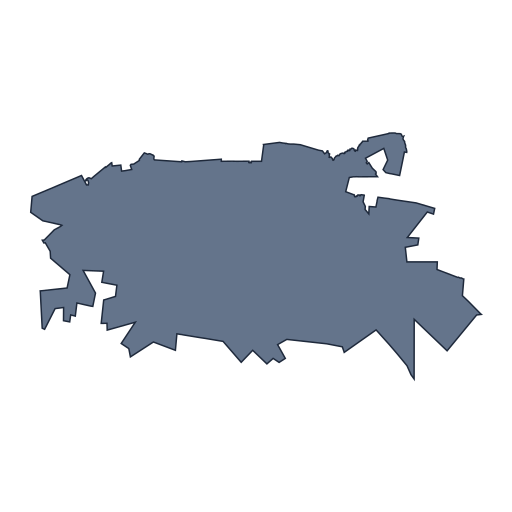 outline of Cusihuiriachi, Chihuahua, Mexico
{"feature_id": "50627088B62303278534016", "entity_name": "Cusihuiriachi", "entity_type": "district", "adm_level": 2, "iso_a3": "MEX", "parent_name": "Mexico", "parent_adm1": "Chihuahua", "projection": "mercator", "projection_center": [-106.822, 28.208], "detail": "fine", "context": "isolated", "style": "filled", "palette": "slate", "viewbox_px": 512, "rotation_deg": 0, "n_neighbors": 0, "source": "geoboundaries", "source_scale": "gbopen_adm2", "svg_char_len": 5502}
<svg xmlns="http://www.w3.org/2000/svg" viewBox="0 0 512 512"><path d="M144.3,152.9L139.3,159.3L139.4,160.4L133.7,164.1L131.1,164.3L130.3,165.3L131.7,169.5L124.9,170.7L121.6,171.1L120.8,165.1L112.2,166.0L111.7,162.7L111.0,163.0L109.2,164.6L105.8,167.4L105.4,166.9L93.8,176.5L91.3,178.7L89.4,177.9L88.7,177.8L87.8,178.1L87.0,178.6L86.5,179.1L86.0,179.6L85.8,180.2L85.8,180.6L86.0,180.8L86.2,180.7L86.4,180.3L86.8,180.0L87.5,180.1L87.8,180.2L88.0,180.6L88.6,182.5L88.3,184.9L86.5,184.9L81.5,175.5L49.7,189.0L32.1,196.4L30.7,212.3L42.8,220.8L60.6,224.8L61.9,225.3L60.9,226.1L60.1,226.7L54.3,229.8L44.3,240.0L42.3,240.2L43.9,243.0L45.3,242.8L50.2,251.3L50.6,258.2L69.9,274.7L67.1,288.0L40.2,290.9L40.3,291.7L42.2,328.2L44.6,329.3L46.6,325.4L55.1,308.6L63.6,307.5L63.5,320.7L69.7,321.9L70.7,314.9L75.3,316.1L76.9,303.0L90.3,306.0L92.8,306.4L95.5,293.1L83.1,270.4L103.6,271.2L101.8,282.3L116.9,285.2L115.5,296.4L103.7,300.0L101.2,323.4L107.0,323.3L107.2,330.1L135.3,322.2L121.2,343.5L128.7,348.5L129.0,349.5L130.4,356.9L153.4,342.0L175.4,350.3L176.9,333.8L180.4,334.4L182.2,334.6L182.8,334.8L199.3,337.5L205.2,338.4L223.1,341.4L241.2,362.3L252.7,350.3L266.9,363.9L272.8,358.7L273.1,358.4L279.1,362.4L285.3,358.4L277.6,344.6L286.8,339.4L326.8,343.8L342.3,346.8L344.1,351.9L344.1,352.1L344.2,352.4L376.1,329.9L389.5,344.8L397.2,353.8L407.0,365.7L411.0,374.7L414.1,379.0L414.2,319.3L447.1,350.8L473.8,318.4L476.6,315.0L481.3,314.4L480.0,313.2L468.3,301.3L462.4,295.7L463.8,279.1L463.4,279.1L463.1,278.9L462.7,278.6L461.1,277.9L460.9,277.9L460.5,278.0L460.0,278.0L459.8,277.9L458.5,277.2L457.7,277.4L437.0,269.5L437.3,261.9L406.9,261.9L405.3,247.3L417.8,244.9L418.8,238.1L407.3,237.5L427.3,212.0L433.5,214.1L434.7,208.4L416.1,202.9L397.0,200.1L390.8,199.1L390.1,199.0L389.3,198.7L388.8,198.6L384.4,198.1L378.0,197.2L377.1,200.6L377.1,201.2L375.9,207.0L369.2,206.5L368.8,213.9L365.1,209.5L365.3,206.4L363.1,201.8L364.1,196.1L364.3,195.4L364.2,195.1L361.1,194.7L360.8,194.8L360.5,195.2L360.4,195.6L360.0,195.8L359.9,195.8L359.8,195.7L359.7,195.5L359.4,195.1L359.1,194.9L358.8,195.0L358.5,195.0L358.1,195.0L357.8,195.0L357.7,195.1L357.7,195.3L357.7,195.5L357.2,195.7L357.1,195.9L357.1,196.0L356.9,196.0L356.6,196.0L356.6,196.4L356.5,196.5L356.3,196.5L356.1,196.4L355.9,196.4L355.8,196.5L355.6,196.7L355.3,196.8L355.0,196.8L354.6,196.6L354.6,196.4L354.6,196.2L354.5,195.9L354.3,195.4L354.2,195.3L354.1,194.7L353.7,194.7L345.7,191.7L349.3,177.5L353.3,176.8L353.8,176.8L354.7,176.8L356.3,176.7L359.1,176.8L377.5,176.7L375.5,174.0L376.2,173.1L375.9,171.6L372.3,168.2L368.8,162.6L367.2,163.9L366.3,162.8L367.2,161.4L365.5,158.2L383.8,148.4L387.7,160.1L383.1,169.6L385.8,172.6L389.9,173.6L391.4,173.8L399.6,175.5L402.6,161.0L404.4,152.0L406.7,152.4L406.8,151.7L406.5,149.8L406.3,149.0L406.2,148.6L405.6,147.6L405.6,145.5L405.6,145.2L405.0,143.6L404.7,142.8L404.7,142.6L404.6,141.4L404.4,141.1L403.7,140.4L403.0,139.0L403.0,138.8L403.0,138.6L403.4,136.9L403.7,136.2L403.2,136.4L402.9,136.4L402.6,136.3L402.4,136.3L402.1,136.1L401.9,135.9L401.8,135.6L401.5,134.8L401.4,134.3L401.1,134.1L400.2,133.7L399.0,133.6L396.7,133.6L396.2,133.5L395.4,133.1L394.3,133.0L393.3,133.0L389.1,133.1L389.0,133.4L388.0,133.7L368.2,138.1L367.7,139.6L367.7,139.9L367.9,140.3L367.9,141.2L362.7,141.2L362.3,142.0L361.8,142.3L360.7,143.8L360.3,144.0L360.2,144.1L360.1,144.3L359.8,144.6L359.6,145.0L359.6,145.3L359.2,145.3L359.2,145.5L359.0,145.9L358.9,146.1L358.7,146.3L358.5,146.5L358.3,147.0L357.8,147.7L357.8,148.1L357.6,148.6L357.7,149.3L357.6,149.6L357.6,150.0L357.5,150.5L357.4,150.5L357.0,150.4L356.6,150.3L355.7,150.0L355.5,150.3L355.5,150.8L355.5,151.1L355.3,151.3L355.2,151.3L354.7,150.7L354.4,150.3L354.2,149.9L354.1,149.4L353.8,148.8L353.2,148.5L352.5,148.3L352.0,148.2L351.9,148.2L351.7,148.3L351.4,148.7L350.9,149.0L350.6,149.0L350.4,149.2L350.2,149.2L349.9,149.2L349.9,149.3L349.9,149.6L349.9,150.0L349.7,150.6L349.3,150.6L348.3,150.1L348.1,150.1L347.8,150.2L347.6,151.3L347.4,151.4L346.7,151.3L346.4,151.4L345.9,151.9L345.5,152.0L345.1,152.1L344.8,152.3L344.7,152.6L344.9,153.0L344.7,153.3L344.3,153.2L344.1,153.3L344.0,153.6L343.9,153.6L343.6,153.4L343.4,153.2L343.1,153.2L342.6,153.1L342.2,153.2L341.7,153.3L341.0,153.6L340.7,153.6L340.3,153.8L340.0,154.0L339.7,154.6L339.2,155.3L339.0,155.7L338.8,155.7L338.2,155.3L337.9,155.2L337.6,155.3L337.4,155.5L337.2,155.8L336.9,155.9L336.3,156.0L336.1,156.1L336.1,156.4L335.6,156.7L335.3,157.1L334.6,157.9L334.3,158.3L334.2,158.9L334.0,159.7L333.4,160.2L333.1,160.3L332.9,160.2L332.8,159.6L332.5,159.2L332.3,158.5L332.0,158.2L331.7,157.8L331.1,157.1L330.8,157.0L330.6,157.1L329.4,157.4L329.1,157.2L329.4,156.4L329.4,155.9L329.3,155.4L329.2,155.1L329.2,154.6L329.6,154.2L329.6,153.9L329.0,153.7L328.6,153.1L328.2,152.8L328.0,152.5L328.0,151.0L327.7,150.8L327.3,150.8L327.1,151.0L327.0,151.3L326.8,151.7L326.7,152.1L326.5,152.4L326.1,152.8L325.8,153.1L324.6,153.8L322.4,150.9L318.6,150.2L300.3,144.7L294.0,144.1L290.6,144.1L288.2,143.9L286.9,143.6L286.0,143.3L285.9,143.3L285.8,143.5L285.7,143.6L284.5,143.2L283.5,143.1L282.1,142.9L279.6,142.4L263.5,144.5L263.7,144.9L261.5,161.3L251.5,161.3L251.4,162.1L251.2,162.1L251.2,162.7L249.5,162.7L249.6,162.3L248.8,162.3L248.9,161.2L236.9,161.3L232.2,161.2L221.3,161.3L221.3,159.2L190.7,161.5L185.3,161.8L181.9,160.9L181.7,161.8L154.4,159.9L153.8,158.9L154.1,156.1L153.1,155.4L153.0,155.0L152.2,154.8L150.8,154.1L150.1,153.8L149.0,153.7L148.5,154.0L147.4,154.2L146.8,153.8L144.3,152.9Z" fill="#64748b" stroke="#1e293b" stroke-width="1.5"/></svg>